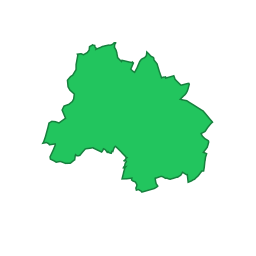 outline of Obio/Akpor, Rivers, Nigeria, rotated 39°
{"feature_id": "59680162B6299894636493", "entity_name": "Obio/Akpor", "entity_type": "district", "adm_level": 2, "iso_a3": "NGA", "parent_name": "Nigeria", "parent_adm1": "Rivers", "projection": "robinson", "projection_center": [7.009, 4.856], "detail": "fine", "context": "isolated", "style": "filled", "palette": "green", "viewbox_px": 256, "rotation_deg": 39, "n_neighbors": 0, "source": "geoboundaries", "source_scale": "gbopen_adm2", "svg_char_len": 5233}
<svg xmlns="http://www.w3.org/2000/svg" viewBox="0 0 256 256"><g transform="rotate(39 128 128)"><path d="M93.7,199.8L95.7,197.4L96.8,196.4L101.7,194.8L105.4,191.6L106.4,186.7L106.6,186.3L104.5,182.9L104.1,181.7L105.7,181.8L107.2,180.5L107.4,179.9L107.8,179.6L107.8,179.2L107.8,178.5L107.8,177.4L107.8,175.4L107.9,173.1L108.0,171.1L108.9,170.0L109.9,169.0L111.5,167.3L112.7,165.9L113.1,165.4L113.8,165.2L114.0,165.4L114.3,165.3L116.7,164.7L118.5,164.3L120.8,163.7L122.6,163.3L122.6,162.2L122.5,161.2L122.2,160.2L122.0,159.6L123.0,159.3L124.0,159.2L124.7,159.3L125.8,159.6L127.2,160.0L127.3,159.5L127.1,159.1L127.2,158.9L127.5,159.0L127.8,159.1L128.2,159.2L128.5,159.2L129.6,158.8L130.8,158.3L130.9,158.2L130.8,157.8L130.4,157.0L130.2,156.2L131.0,155.9L130.0,153.3L129.7,152.2L129.6,151.1L129.6,150.7L129.7,150.2L130.4,150.2L132.2,150.3L134.3,150.5L137.4,150.8L139.6,151.2L141.5,151.4L143.9,151.7L144.3,151.9L144.5,152.0L144.9,152.0L145.8,151.7L145.7,152.3L145.7,153.2L145.8,154.8L145.5,155.9L145.8,156.0L146.0,155.0L146.9,154.9L147.7,155.0L147.8,155.0L147.9,155.5L148.0,155.7L148.0,156.0L148.0,156.5L148.0,156.9L148.0,157.1L148.2,157.4L148.5,158.1L148.9,158.9L149.2,159.4L149.3,159.6L149.3,159.8L149.3,160.3L149.3,161.5L149.5,161.8L150.6,159.9L150.6,160.6L150.7,161.1L150.8,161.5L151.0,161.8L151.7,163.3L152.4,165.0L153.2,166.5L153.6,167.4L154.2,168.7L155.4,171.3L159.0,168.2L161.7,165.4L161.9,165.2L162.5,164.5L163.4,166.1L165.0,166.1L167.8,165.3L170.6,166.5L171.3,167.6L171.9,169.7L173.6,171.0L174.5,169.7L174.7,169.3L174.9,169.2L175.8,169.1L177.9,168.8L179.0,169.1L179.6,168.4L180.3,167.4L183.5,162.8L186.5,158.5L187.0,157.2L187.3,156.3L187.5,155.7L187.6,155.1L187.7,154.4L185.8,153.8L185.0,153.6L184.6,153.4L184.1,152.9L183.5,152.5L182.6,151.7L182.2,151.3L181.6,150.8L181.2,150.5L180.8,150.0L180.7,149.7L181.1,149.5L181.3,149.3L181.6,148.9L182.1,148.0L182.6,147.2L183.3,146.0L183.7,145.4L184.1,144.9L184.6,144.5L185.1,144.2L185.6,144.1L186.3,143.9L186.8,143.8L188.4,143.6L188.8,143.5L189.1,143.3L189.7,142.6L190.0,142.4L191.3,142.1L191.7,141.9L192.6,141.5L193.1,141.2L193.4,140.7L193.9,139.9L194.7,138.9L195.6,137.5L196.5,136.1L197.0,135.4L197.4,135.2L197.7,134.6L198.0,133.8L198.1,133.0L198.3,132.4L198.7,131.8L198.3,128.0L200.4,127.8L203.3,127.4L203.5,127.0L208.9,132.3L210.4,129.6L210.7,128.9L211.2,127.3L211.8,126.3L212.0,125.8L212.1,124.5L212.2,123.6L212.4,122.5L212.6,121.5L212.6,120.9L212.6,120.0L212.6,118.9L212.5,118.2L212.5,117.2L212.5,116.3L212.5,115.6L212.4,115.1L213.8,113.8L213.0,112.4L212.1,110.7L208.8,105.7L208.5,105.0L207.3,103.0L206.5,101.7L206.3,101.1L205.9,100.0L205.3,98.5L202.6,99.2L201.9,99.5L201.8,96.9L201.8,94.9L201.7,93.9L201.7,93.3L201.6,92.8L201.3,92.3L201.1,91.7L200.8,90.9L200.3,89.8L199.7,88.4L199.4,88.0L199.0,87.7L198.6,87.4L197.1,87.5L195.3,87.8L194.3,87.9L190.7,87.5L188.3,86.3L188.6,85.6L189.9,82.6L190.0,82.2L190.0,81.2L189.9,80.8L189.9,80.2L189.8,79.6L189.7,78.6L189.6,77.5L189.6,76.6L189.6,75.6L189.6,74.1L189.6,73.3L189.7,71.7L189.9,70.8L190.0,70.3L189.3,70.1L186.2,69.6L182.9,68.9L175.6,67.5L173.8,67.8L168.6,68.4L164.2,68.9L159.7,69.5L156.5,69.8L154.1,71.1L152.1,72.1L150.5,72.8L151.0,68.0L151.3,66.5L151.3,66.2L151.3,64.8L151.2,63.9L150.8,62.0L150.5,61.1L150.1,60.0L148.9,57.3L148.1,55.5L147.8,55.5L147.6,55.3L147.5,55.2L147.3,55.0L147.2,55.0L146.5,55.7L145.0,57.7L143.1,60.3L142.2,61.4L141.0,61.3L136.7,60.9L135.2,60.7L134.6,60.6L134.1,60.6L133.9,60.5L133.6,60.4L133.1,60.0L132.1,59.4L130.7,58.6L130.4,59.1L125.9,65.5L125.0,64.7L124.6,65.3L124.2,65.6L123.6,66.1L123.1,66.8L122.7,67.3L122.6,67.7L122.5,67.9L122.0,67.6L121.2,67.1L120.0,66.4L119.1,65.8L117.8,65.0L117.1,64.6L113.0,61.8L112.1,61.2L111.4,60.7L110.6,60.1L110.2,59.9L109.7,59.8L108.9,59.6L108.1,59.4L107.5,59.3L105.9,58.9L105.4,58.8L105.1,58.6L104.7,58.2L104.4,57.8L104.0,57.5L103.8,57.4L103.5,57.3L103.3,57.3L102.9,57.3L102.1,57.5L101.2,57.7L101.0,57.8L100.7,57.8L100.1,57.7L98.9,57.6L97.9,57.4L94.8,57.1L96.7,60.1L96.7,60.6L96.7,61.2L96.7,62.1L96.6,63.0L96.2,63.7L95.5,65.3L95.2,66.3L95.2,67.6L95.3,69.1L96.0,71.5L96.4,73.0L97.2,75.6L98.1,80.6L97.1,80.7L95.4,80.8L93.1,80.5L93.1,80.4L92.7,79.0L92.1,77.0L91.7,75.5L91.3,74.1L89.9,74.0L90.0,74.6L88.3,75.5L86.5,76.4L84.4,77.4L80.7,79.2L81.1,80.4L79.6,80.3L77.7,80.1L76.9,80.0L75.9,79.8L75.7,79.9L74.2,78.5L73.0,77.6L72.0,76.6L69.8,75.1L67.5,74.1L67.3,74.2L66.9,74.1L66.0,72.8L65.0,71.4L65.0,71.2L64.9,70.9L65.0,70.6L65.1,70.3L64.7,69.6L64.1,70.1L63.8,70.3L63.7,70.6L63.5,70.9L63.6,71.4L63.5,71.8L63.4,72.3L63.1,73.1L62.9,73.6L62.7,74.0L62.2,74.6L62.0,74.9L61.6,75.2L60.9,75.7L60.6,75.9L60.1,76.6L59.3,77.6L58.7,78.3L58.1,79.1L57.4,80.1L56.9,80.6L56.6,81.2L56.0,82.6L54.7,84.9L53.6,87.0L53.4,86.5L53.1,86.1L52.7,86.0L51.7,85.9L51.3,85.8L50.5,85.2L50.2,84.8L48.7,85.6L48.1,85.7L48.1,86.0L46.9,89.0L48.8,91.9L48.9,95.0L47.3,99.1L44.8,99.8L42.2,102.5L43.3,103.2L47.7,111.3L50.9,115.3L51.8,121.8L51.0,124.2L50.9,129.0L55.5,133.7L59.0,135.1L64.9,135.4L67.5,139.6L68.1,142.4L67.2,146.7L64.5,151.2L65.5,155.5L73.3,159.7L71.2,167.5L67.4,168.9L64.6,170.8L63.5,173.9L65.4,177.8L69.3,186.7L71.1,191.6L71.4,193.4L73.8,190.6L76.2,190.1L77.5,190.5L81.4,186.2L82.2,187.0L83.8,192.3L85.6,199.5L87.3,201.0L91.6,200.0L93.7,199.8Z" fill="#22c55e" stroke="#15803d" stroke-width="1.5"/></g></svg>